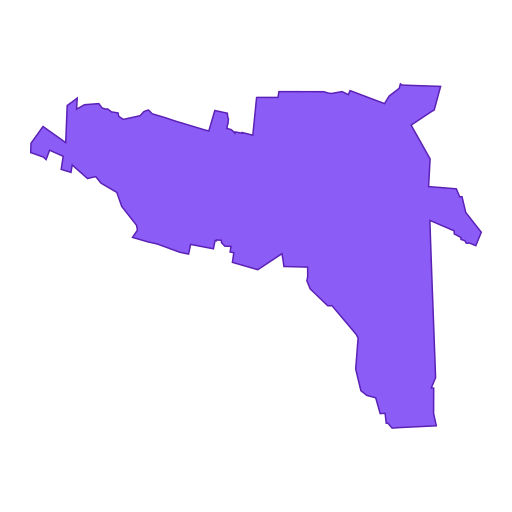 Bacerac, Sonora, Mexico (Natural Earth projection)
{"feature_id": "50627088B98976467166083", "entity_name": "Bacerac", "entity_type": "district", "adm_level": 2, "iso_a3": "MEX", "parent_name": "Mexico", "parent_adm1": "Sonora", "projection": "natural_earth1", "projection_center": [-108.843, 30.254], "detail": "fine", "context": "isolated", "style": "filled", "palette": "violet", "viewbox_px": 512, "rotation_deg": 0, "n_neighbors": 0, "source": "geoboundaries", "source_scale": "gbopen_adm2", "svg_char_len": 2443}
<svg xmlns="http://www.w3.org/2000/svg" viewBox="0 0 512 512"><path d="M431.6,270.3L430.6,241.9L429.9,220.4L452.4,230.1L454.0,230.6L454.3,233.9L460.0,237.0L460.9,237.5L461.0,239.5L462.3,239.8L464.8,240.7L464.9,240.9L466.3,243.2L467.2,243.3L467.4,243.2L468.1,243.2L469.6,243.1L475.8,245.7L481.3,232.2L481.0,231.8L480.0,230.6L465.7,212.4L464.7,208.0L462.0,196.7L459.7,196.8L456.3,188.8L449.8,188.3L448.3,188.2L447.1,188.1L445.4,187.9L444.8,187.9L439.2,187.4L438.4,187.4L428.6,186.6L430.1,158.9L429.7,158.2L420.5,141.8L418.8,138.8L411.1,125.1L431.6,111.5L434.2,110.0L440.6,86.4L405.3,85.2L402.9,85.1L402.2,85.0L401.3,84.7L400.4,83.9L399.2,88.3L393.5,92.7L389.2,96.0L384.5,103.6L370.7,98.4L350.1,90.6L348.3,94.6L342.0,91.6L331.4,93.5L328.4,93.1L323.7,91.7L278.9,91.6L278.0,97.4L257.7,97.4L256.6,97.5L252.8,135.2L242.2,132.5L242.3,133.3L235.2,131.9L234.9,133.2L232.7,130.9L231.2,129.7L230.3,129.3L227.2,128.6L226.8,128.5L227.0,127.9L227.2,127.5L227.2,126.8L227.2,126.7L227.2,125.6L227.8,124.2L228.1,123.6L228.1,122.7L228.1,122.1L228.1,121.6L228.3,120.3L228.4,119.3L228.3,118.6L228.0,117.7L227.8,116.9L227.7,116.3L227.6,115.5L227.5,114.9L227.4,114.3L227.4,114.1L227.3,113.2L220.9,111.8L214.8,110.5L212.0,120.1L208.8,131.0L203.0,129.4L176.1,121.3L165.3,117.7L152.2,113.8L149.0,110.5L148.2,110.0L144.0,111.5L140.1,115.7L123.3,119.4L118.8,116.4L118.0,112.9L111.5,111.9L107.6,108.9L106.2,109.2L102.1,108.0L98.8,103.6L97.6,103.7L84.5,104.7L76.6,109.2L77.2,98.1L74.2,100.4L67.2,105.5L65.7,142.6L43.0,126.5L31.0,143.3L30.7,152.6L43.5,157.1L46.1,159.6L49.6,150.2L63.2,156.3L61.2,169.4L71.0,172.4L72.2,165.0L87.5,178.5L95.7,176.6L101.1,183.2L111.0,189.0L116.8,192.4L121.7,206.4L136.5,225.2L137.4,230.2L132.5,237.4L147.6,241.8L157.3,244.0L179.6,252.2L183.2,253.0L188.6,254.1L190.6,244.4L207.7,247.7L211.3,248.4L212.5,248.6L213.4,248.8L214.3,244.4L215.1,240.5L216.5,240.8L216.6,239.9L219.8,240.2L221.3,240.3L221.5,242.7L224.9,246.2L231.0,246.4L230.1,252.0L233.8,252.7L232.4,262.4L257.8,269.7L273.8,259.1L281.9,253.7L282.9,259.1L283.9,266.5L307.6,267.1L307.7,276.3L306.9,280.9L310.2,288.9L323.4,301.6L327.8,305.8L332.0,305.7L356.2,334.4L358.1,338.0L355.7,369.1L360.9,390.7L366.8,395.4L375.7,397.8L380.2,413.6L385.1,413.3L386.2,423.2L387.8,423.1L392.1,428.1L399.3,427.6L413.7,426.9L436.3,425.8L436.3,425.6L434.6,418.1L433.6,413.4L433.6,413.1L433.7,388.1L431.3,388.0L433.7,382.1L435.6,377.6L431.6,270.3Z" fill="#8b5cf6" stroke="#5b21b6" stroke-width="1.5"/></svg>